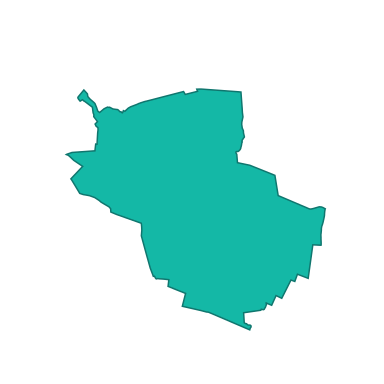 outline of Girov, Neamt, Romania, rotated 20°
{"feature_id": "2599482B5829792853228", "entity_name": "Girov", "entity_type": "district", "adm_level": 2, "iso_a3": "ROU", "parent_name": "Romania", "parent_adm1": "Neamt", "projection": "natural_earth1", "projection_center": [26.486, 46.949], "detail": "fine", "context": "isolated", "style": "filled", "palette": "teal", "viewbox_px": 384, "rotation_deg": 20, "n_neighbors": 0, "source": "geoboundaries", "source_scale": "gbopen_adm2", "svg_char_len": 3092}
<svg xmlns="http://www.w3.org/2000/svg" viewBox="0 0 384 384"><g transform="rotate(20 192 192)"><path d="M282.8,301.2L293.4,301.8L293.3,299.9L293.6,299.1L293.6,298.6L293.4,297.9L293.0,297.4L292.2,297.2L291.5,297.4L290.7,297.7L290.2,297.8L289.3,297.6L288.7,297.3L288.3,297.1L288.0,297.2L287.6,297.3L286.9,297.3L286.3,297.1L285.8,297.0L281.8,287.8L297.1,279.6L297.1,279.4L297.2,278.5L297.8,278.4L298.7,278.3L299.5,278.1L300.0,277.5L300.2,276.0L300.4,275.3L300.4,272.2L299.8,271.3L299.7,270.9L301.1,271.0L305.6,271.2L305.7,269.9L306.4,260.6L307.7,260.7L312.7,261.2L315.1,240.9L319.2,240.9L319.2,233.2L330.7,233.4L323.6,200.3L331.4,197.9L331.5,197.8L331.0,196.3L330.3,194.5L329.3,192.1L328.8,190.7L327.7,188.0L327.4,186.6L326.7,183.9L326.0,181.8L325.6,179.3L325.7,178.4L325.5,175.6L325.0,171.8L324.6,169.1L323.8,166.5L323.3,164.5L323.1,163.4L322.9,162.5L323.0,162.3L323.0,162.2L320.3,161.8L318.7,161.8L317.7,162.1L317.2,162.2L316.5,162.5L313.9,164.4L311.7,166.0L310.0,167.1L309.3,167.4L308.9,167.6L308.5,167.7L307.0,167.7L304.1,167.5L298.0,167.2L274.2,165.9L264.2,148.0L237.2,147.1L224.7,148.9L221.2,141.3L220.7,140.9L219.8,140.1L219.7,139.0L220.3,138.6L221.3,138.3L222.0,137.4L222.6,136.0L222.9,134.6L222.6,133.6L222.7,133.1L222.5,131.3L222.3,130.2L222.0,128.7L222.1,128.3L222.0,128.2L222.0,127.7L221.7,127.6L221.5,126.9L221.5,125.4L221.8,124.9L222.0,124.0L221.9,123.9L222.4,122.6L222.4,122.3L220.2,118.9L219.3,116.8L217.4,114.8L215.6,111.5L214.9,109.2L214.2,104.0L212.1,99.9L210.6,96.4L203.8,81.3L199.4,82.5L168.0,91.4L165.6,92.1L161.3,93.7L162.8,95.5L152.3,102.6L149.7,100.5L130.5,113.7L123.7,118.4L119.3,121.4L118.3,122.1L117.0,122.9L115.8,123.8L114.4,124.9L113.1,125.9L112.6,126.4L111.9,126.9L111.4,127.4L110.8,128.0L110.3,128.5L105.2,132.9L103.9,134.4L103.3,135.2L102.5,136.8L101.9,137.9L101.7,138.3L101.3,139.1L99.7,139.0L99.7,139.5L99.6,141.3L99.2,141.3L98.6,141.4L98.3,141.1L97.9,140.9L96.8,141.2L94.8,140.2L93.9,140.0L90.4,140.8L89.1,141.0L87.9,140.8L85.6,140.5L85.2,140.9L83.6,141.1L81.8,142.9L81.4,143.4L81.0,143.7L78.0,148.9L75.8,148.2L73.4,145.2L72.4,144.1L70.6,142.1L69.2,141.4L66.6,140.4L64.9,139.8L63.5,139.1L61.4,137.9L60.2,135.6L58.6,134.7L55.5,133.1L52.9,140.4L52.5,141.5L52.5,142.6L52.9,142.9L53.6,143.6L55.8,144.9L57.5,142.8L58.2,143.0L59.3,143.5L60.0,143.5L62.0,144.1L69.4,146.4L72.0,151.4L73.4,153.0L73.9,154.8L79.1,158.2L77.7,161.3L79.4,163.0L81.6,163.7L82.5,165.9L83.1,168.6L86.4,179.6L85.1,179.9L86.7,186.5L65.7,195.9L61.4,199.4L61.1,199.8L63.1,199.8L64.5,200.3L70.1,202.7L80.5,205.3L73.7,221.1L74.9,221.9L82.7,228.2L87.0,231.7L90.7,231.6L93.4,231.1L97.0,230.5L102.5,230.5L107.6,231.7L110.2,232.7L119.0,234.3L121.2,235.5L121.5,236.1L122.6,238.6L128.8,238.9L155.0,238.7L155.5,239.6L156.6,241.9L157.9,245.0L159.4,250.5L164.4,257.6L172.2,268.6L173.6,270.5L178.8,277.8L183.2,282.9L184.5,284.5L185.6,284.0L187.1,285.4L187.5,285.6L188.1,285.9L188.4,285.7L189.6,285.0L190.8,284.8L195.3,283.5L200.2,282.3L201.8,288.9L210.8,289.2L220.7,289.5L220.7,289.9L222.0,302.7L241.1,300.3L246.7,299.8L248.5,299.3L282.8,301.2Z" fill="#14b8a6" stroke="#0f766e" stroke-width="1.5"/></g></svg>